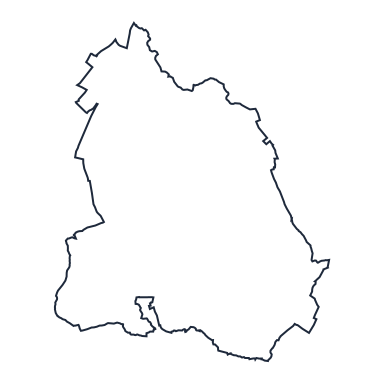 Sebes, Alba, Romania
{"feature_id": "2599482B78612484376633", "entity_name": "Sebes", "entity_type": "district", "adm_level": 2, "iso_a3": "ROU", "parent_name": "Romania", "parent_adm1": "Alba", "projection": "albers", "projection_center": [23.569, 45.956], "detail": "fine", "context": "isolated", "style": "outline", "palette": "slate", "viewbox_px": 384, "rotation_deg": 0, "n_neighbors": 0, "source": "geoboundaries", "source_scale": "gbopen_adm2", "svg_char_len": 5887}
<svg xmlns="http://www.w3.org/2000/svg" viewBox="0 0 384 384"><path d="M267.9,361.0L267.9,360.5L270.7,357.7L271.4,356.3L271.7,354.3L270.8,353.1L270.4,352.2L270.5,350.7L272.2,348.4L272.8,348.0L274.5,345.1L275.1,343.3L275.2,342.4L275.8,341.4L277.0,340.1L278.5,340.3L279.6,337.5L280.3,336.8L280.6,336.2L287.6,330.2L293.1,326.0L294.7,323.9L296.3,324.9L297.2,325.0L298.0,325.4L302.5,328.8L309.0,332.9L313.8,325.0L316.4,319.2L313.8,318.0L315.0,314.9L318.7,306.9L317.2,304.8L315.1,300.0L314.7,298.6L310.2,295.5L312.1,291.6L312.2,289.4L312.6,287.5L313.7,285.6L315.5,284.0L315.7,281.5L315.0,281.3L319.6,277.1L323.6,269.7L323.5,269.4L327.7,267.7L327.4,267.4L327.7,267.1L329.1,259.9L326.8,260.3L325.8,260.1L324.4,260.5L321.5,260.8L319.7,261.6L318.4,262.5L317.8,262.7L317.3,262.4L316.0,260.6L315.5,260.5L314.7,260.5L312.4,261.4L311.6,260.1L311.6,259.6L312.6,253.3L311.8,250.8L311.2,248.3L310.5,246.6L310.6,245.8L310.4,245.3L306.7,242.0L306.0,240.3L303.6,235.8L302.1,234.3L300.5,232.2L298.7,231.0L298.5,230.3L296.8,228.9L292.9,223.8L292.2,221.9L292.2,221.3L292.0,220.3L291.7,220.1L291.8,219.3L291.5,219.6L291.6,218.8L290.9,215.6L286.8,208.6L284.6,204.2L284.0,202.0L279.9,191.4L277.5,187.3L275.9,182.6L274.0,178.9L271.7,172.7L271.0,170.2L272.2,169.5L273.7,169.3L273.9,167.3L275.0,167.4L275.2,164.4L274.6,162.1L274.8,159.3L274.5,158.7L277.8,158.5L275.5,152.9L275.2,150.4L272.5,145.6L273.1,144.9L271.6,143.6L269.9,141.1L266.3,144.2L263.2,141.1L267.1,137.9L258.7,127.7L256.4,122.3L256.2,121.6L259.9,120.1L257.9,113.4L255.5,108.8L249.9,109.4L246.2,107.5L241.7,105.0L240.4,103.9L239.8,103.6L234.9,103.2L233.6,103.8L233.0,103.9L231.2,103.8L230.1,103.2L228.5,100.9L227.4,100.1L226.5,99.2L226.3,98.6L226.3,97.6L226.8,96.4L228.3,94.8L228.5,93.6L228.1,92.5L226.7,91.8L225.7,90.6L224.3,88.5L223.7,86.4L223.7,84.4L219.0,82.1L216.0,79.6L214.6,79.5L213.7,78.7L210.5,78.2L206.8,80.2L205.3,80.4L202.6,82.7L201.5,83.3L199.9,83.6L198.0,84.8L195.9,85.1L195.2,85.5L193.8,84.8L193.5,85.0L193.4,87.2L192.7,90.3L191.8,91.0L187.4,89.5L183.7,89.9L182.4,89.5L180.7,87.6L178.3,86.8L177.5,86.1L174.2,81.8L172.8,77.8L171.4,77.2L170.4,76.4L168.5,76.6L168.7,76.2L168.4,76.0L168.8,74.4L166.8,72.5L165.1,71.6L161.5,71.4L160.4,67.4L155.3,59.5L155.2,57.9L155.9,56.0L157.9,54.3L156.8,52.1L154.8,50.9L152.1,51.5L149.9,50.2L149.2,47.1L147.4,44.8L147.2,42.8L148.1,41.2L150.1,39.7L150.1,38.5L148.1,36.1L148.6,34.6L147.8,32.3L145.6,29.8L144.1,30.4L141.8,28.2L140.4,28.5L139.0,28.0L136.9,26.4L136.4,25.3L135.8,25.7L133.9,23.0L130.9,28.3L130.1,30.4L129.7,33.6L126.8,48.2L120.1,45.8L118.6,44.8L116.1,41.5L116.0,40.6L115.4,39.4L112.8,42.8L111.0,44.5L108.8,46.4L101.1,51.1L96.3,55.4L96.9,55.8L96.5,56.3L95.6,55.8L93.8,55.3L91.8,53.8L90.8,53.8L87.5,60.1L86.2,62.1L92.4,67.2L79.9,83.2L77.2,85.1L82.0,87.3L86.7,89.9L84.9,92.6L78.7,99.4L78.6,99.7L78.8,100.8L75.8,102.1L76.2,102.9L85.8,112.3L87.0,113.0L88.2,111.5L89.6,110.4L91.0,109.9L93.3,108.4L95.7,105.2L96.6,103.7L97.6,104.1L95.7,107.2L91.2,116.0L78.5,145.8L77.9,147.9L76.1,151.4L75.1,157.4L83.2,159.3L83.3,163.1L84.3,168.7L87.6,177.4L87.9,178.5L88.2,180.8L89.8,180.9L91.9,192.9L93.5,204.3L95.0,207.2L96.7,211.7L97.7,213.0L100.7,215.9L103.9,222.0L102.8,222.7L101.3,223.0L95.4,225.5L87.4,227.5L83.5,229.8L82.3,231.0L79.3,231.2L77.5,231.7L75.6,232.7L75.3,233.5L73.8,234.9L73.8,235.2L74.8,235.9L75.9,238.6L74.5,238.3L72.4,237.3L71.3,237.5L68.9,238.5L67.8,238.5L65.9,240.6L66.1,241.7L66.4,242.2L66.5,243.4L67.8,245.7L67.9,248.3L67.8,250.7L68.4,251.7L69.4,254.1L70.2,255.3L69.9,255.6L69.6,258.2L69.8,260.0L69.6,260.9L69.9,263.0L69.6,264.5L69.7,265.6L69.4,267.0L69.0,267.7L67.1,270.5L66.7,272.8L66.6,276.6L65.4,280.6L62.5,285.0L58.0,290.6L57.1,292.5L56.0,295.9L56.7,296.8L57.0,297.6L57.1,298.7L57.0,299.4L55.3,302.5L55.5,304.2L55.0,306.1L54.9,307.4L55.1,308.1L54.9,309.1L55.7,312.9L56.8,314.9L57.6,316.2L58.1,316.2L59.2,317.3L61.5,318.3L62.4,319.1L65.4,320.0L66.9,321.6L69.8,323.2L73.5,325.9L73.9,325.6L74.9,325.7L78.5,324.9L79.1,326.2L79.7,328.5L80.9,330.8L82.6,330.5L87.2,329.2L91.6,327.5L93.9,327.4L96.9,326.7L99.5,325.6L101.9,325.5L104.6,325.0L107.3,323.4L108.1,323.1L113.9,323.6L117.1,322.6L119.9,323.3L121.3,324.1L122.9,324.1L123.1,324.3L122.9,326.2L123.2,327.1L124.7,329.3L125.4,331.1L128.0,332.7L129.9,332.6L130.2,333.2L130.2,333.8L131.1,334.6L133.8,334.6L134.7,335.0L135.8,335.1L136.7,334.6L137.5,334.5L139.6,335.4L140.9,335.5L142.1,336.0L146.5,336.3L146.5,333.2L148.7,332.5L150.0,331.6L153.2,331.6L153.4,330.5L153.7,330.3L153.8,329.3L155.3,329.1L155.2,328.4L152.4,326.4L150.9,324.7L151.1,324.0L150.2,322.2L148.7,321.6L147.1,318.7L146.7,318.4L143.1,318.8L141.2,318.1L142.4,314.4L142.1,313.3L140.2,310.4L140.1,309.7L140.7,308.5L140.7,307.7L140.4,307.5L139.7,306.1L138.8,304.7L137.5,304.1L135.6,303.9L135.4,301.1L136.1,299.6L136.5,297.4L139.2,297.0L139.4,297.3L152.0,297.2L153.4,297.4L152.3,302.3L150.9,302.5L150.7,303.2L150.0,303.4L150.6,305.6L149.0,305.9L149.9,309.0L153.7,307.3L154.9,311.6L156.9,315.5L159.2,325.5L159.5,325.4L159.5,325.0L160.3,325.2L160.5,326.5L161.1,327.8L162.3,329.1L166.2,331.4L171.4,332.8L171.5,331.7L173.4,331.2L173.7,330.6L174.8,330.5L175.9,331.2L178.5,330.3L182.1,330.5L182.7,329.9L184.1,329.2L184.8,329.2L185.4,330.0L185.0,331.1L185.3,332.0L186.3,331.6L187.1,330.2L188.5,329.5L190.7,326.9L193.6,327.2L194.8,327.8L195.8,328.7L195.9,329.7L196.5,330.4L198.5,330.6L199.4,331.0L199.3,330.3L200.3,330.2L202.2,331.6L203.5,333.0L204.4,333.6L205.5,335.2L208.3,337.8L212.1,340.2L213.0,340.1L212.8,342.3L213.4,344.4L215.1,344.5L218.0,347.4L218.1,349.6L218.3,350.6L227.1,352.9L227.7,354.6L229.1,353.8L229.6,353.9L230.1,353.5L230.3,353.7L230.8,353.5L230.9,354.0L233.7,355.2L236.3,355.4L238.3,356.4L240.2,356.4L242.0,357.5L244.0,357.1L245.0,358.0L248.9,358.0L249.4,359.2L253.0,358.5L254.4,358.4L255.1,358.8L255.3,359.5L256.3,358.0L259.2,358.6L261.8,358.5L261.8,358.8L261.4,358.8L261.4,359.3L262.3,359.4L264.7,360.6L267.9,361.0Z" fill="none" stroke="#1e293b" stroke-width="2"/></svg>